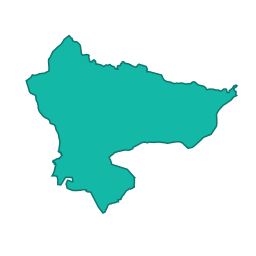 Mariga, Niger, Nigeria, rotated 275°
{"feature_id": "59680162B84198311358077", "entity_name": "Mariga", "entity_type": "district", "adm_level": 2, "iso_a3": "NGA", "parent_name": "Nigeria", "parent_adm1": "Niger", "projection": "robinson", "projection_center": [5.889, 10.619], "detail": "fine", "context": "isolated", "style": "filled", "palette": "teal", "viewbox_px": 256, "rotation_deg": 275, "n_neighbors": 0, "source": "geoboundaries", "source_scale": "gbopen_adm2", "svg_char_len": 5589}
<svg xmlns="http://www.w3.org/2000/svg" viewBox="0 0 256 256"><g transform="rotate(275 128 128)"><path d="M73.7,56.5L74.0,59.3L73.7,61.5L70.0,62.7L65.6,63.0L65.4,66.0L72.9,69.8L73.5,70.5L73.8,76.7L70.3,77.8L69.6,77.3L70.7,72.3L66.8,71.2L62.8,72.7L62.3,73.7L61.4,76.8L61.0,78.3L61.1,81.1L61.8,85.9L62.4,87.9L62.8,90.2L62.5,91.9L62.1,91.6L61.8,91.5L61.6,91.7L61.4,92.3L61.0,93.0L60.9,93.6L61.0,93.6L61.0,94.4L60.9,96.4L46.4,105.6L41.1,110.5L42.3,112.4L43.5,112.8L46.2,113.9L49.2,114.7L50.8,116.2L51.0,117.8L51.9,119.2L52.7,122.4L53.7,123.5L53.7,124.9L54.6,124.7L55.8,124.5L55.9,126.4L56.7,127.4L57.5,127.2L58.2,127.9L59.0,127.9L60.2,128.6L60.8,129.3L62.2,130.0L65.4,131.9L66.7,133.7L67.5,134.3L67.4,136.1L68.2,136.9L68.4,137.6L69.6,138.5L69.4,139.1L69.7,139.4L71.5,139.1L72.5,139.0L73.6,139.2L77.7,138.8L78.5,138.5L79.0,139.1L86.8,130.8L90.3,114.9L92.2,114.4L95.8,112.5L97.3,111.8L99.5,114.1L100.6,115.4L102.2,116.5L103.6,119.8L105.9,127.0L105.9,129.6L106.1,131.4L107.9,134.6L109.3,134.8L111.7,138.8L114.7,143.2L115.4,146.4L114.9,148.4L115.8,150.5L115.9,154.9L116.7,159.6L116.5,166.5L116.2,168.5L118.5,177.0L118.8,181.0L117.8,183.6L113.0,189.6L114.3,193.7L116.4,196.1L122.1,201.4L125.3,204.0L128.9,211.3L137.3,215.9L140.2,216.1L145.8,215.5L149.4,214.9L153.5,216.7L158.7,220.6L161.0,223.6L165.2,228.6L166.9,229.6L168.5,231.0L169.8,233.5L170.8,232.5L173.7,232.5L174.3,230.9L175.9,229.9L177.2,230.8L178.6,232.5L179.6,232.9L180.1,232.2L179.7,230.7L178.8,229.5L177.2,228.9L175.0,226.9L174.1,225.6L172.3,225.6L171.8,224.3L171.9,223.8L172.8,223.5L173.3,223.1L174.1,222.9L175.0,222.8L175.3,222.4L175.2,221.5L175.3,221.0L175.2,220.0L174.3,219.0L173.3,218.3L172.8,216.4L173.7,214.9L173.5,211.6L174.1,209.5L173.9,205.9L173.0,203.0L175.2,201.6L176.3,199.4L177.0,194.3L178.1,192.6L179.0,191.6L179.8,189.7L179.3,188.0L177.5,186.5L177.2,183.5L176.8,181.7L177.2,179.8L177.5,177.0L176.8,174.9L177.0,173.0L176.3,170.6L176.6,168.5L177.4,166.5L177.5,163.8L177.9,161.9L179.0,159.7L180.5,158.5L183.7,156.8L185.5,146.6L185.6,146.0L185.8,145.3L185.8,144.9L185.9,143.6L185.9,142.9L185.8,142.2L185.7,141.9L186.2,141.8L186.7,141.7L186.8,141.9L187.6,142.0L188.0,142.1L188.3,142.1L188.8,141.7L189.2,141.5L189.6,141.4L190.2,141.2L190.9,140.4L191.0,140.2L191.1,139.9L191.2,139.6L191.1,139.0L191.1,138.8L191.3,138.6L191.4,138.3L191.6,137.6L191.7,137.3L191.8,135.9L192.5,133.5L192.4,133.2L192.1,132.8L191.4,132.3L190.3,131.6L189.7,131.2L189.3,130.6L189.3,130.3L189.5,129.6L189.5,129.3L189.9,128.1L190.2,127.0L190.3,126.5L190.4,126.1L190.5,125.9L190.7,125.6L190.7,125.4L191.1,125.3L191.3,125.2L191.3,124.5L191.4,124.2L191.7,123.3L192.0,122.7L192.0,122.0L192.1,121.4L192.0,121.0L191.9,120.5L192.2,120.1L192.3,120.1L192.4,118.7L193.6,118.0L193.7,117.5L193.4,116.7L193.1,116.3L192.8,116.3L192.5,116.4L192.3,116.4L192.0,116.2L191.5,115.4L191.1,115.2L190.8,115.2L189.8,114.9L189.6,114.7L189.2,113.9L189.3,113.8L189.5,113.6L189.3,112.9L188.8,112.3L188.0,112.0L187.3,112.1L186.8,112.2L186.6,112.0L186.3,112.7L186.0,112.8L185.7,112.7L185.6,112.0L185.8,111.3L185.8,110.6L185.7,110.3L186.1,110.1L186.8,109.6L187.1,109.5L187.4,109.2L187.7,108.8L188.0,108.3L188.1,108.0L188.0,107.5L188.0,107.0L188.2,106.8L188.6,106.2L188.7,105.4L189.3,105.1L189.6,104.6L189.6,104.1L189.2,103.4L188.8,103.0L188.6,102.8L188.8,101.3L189.0,100.8L188.7,100.3L188.3,99.8L187.6,99.3L187.4,99.0L187.2,98.4L187.1,98.0L187.3,97.8L187.7,97.5L188.0,96.9L188.2,96.4L188.3,95.7L188.5,95.1L188.6,94.5L188.7,93.8L188.7,93.2L189.0,92.5L189.1,92.1L189.0,91.5L188.8,91.0L188.9,90.5L189.1,90.4L190.6,90.2L191.0,89.9L191.3,89.5L191.6,89.5L191.9,89.7L192.1,89.5L192.5,88.7L192.8,88.4L192.9,88.2L192.4,87.4L192.2,87.0L191.9,86.6L191.5,86.5L190.5,86.2L190.5,85.8L190.6,85.6L190.6,84.5L191.9,83.8L192.2,83.8L193.2,83.5L193.5,83.2L194.1,83.0L194.6,82.9L195.0,82.5L195.9,82.6L196.1,82.7L196.4,83.0L196.6,83.0L197.0,82.7L197.4,82.3L197.5,81.6L197.5,81.1L197.3,80.5L197.3,80.4L197.6,80.0L196.5,76.7L197.7,75.2L205.2,73.5L206.7,72.9L208.9,70.3L209.3,69.6L209.4,68.8L209.1,67.5L209.2,67.1L209.3,66.8L209.5,66.7L209.7,66.4L210.0,65.2L210.7,65.2L211.1,65.0L211.3,64.7L211.8,64.5L212.3,64.6L212.5,63.9L212.9,63.2L213.1,63.0L213.6,62.8L213.9,62.4L214.1,62.1L214.2,61.8L214.4,61.7L214.6,61.7L214.9,61.4L214.9,61.2L210.8,56.8L207.6,55.3L205.1,53.7L203.0,51.3L197.4,46.4L191.4,44.3L190.1,43.2L188.9,42.9L186.2,43.2L183.0,43.8L181.0,44.1L177.7,44.2L176.6,41.9L175.4,40.2L175.1,38.5L174.3,35.2L172.7,31.9L172.2,29.7L172.6,28.1L170.9,27.3L170.0,27.0L166.1,22.5L162.6,23.9L159.2,25.4L155.5,26.7L154.1,28.3L152.6,32.8L151.7,33.3L147.6,34.1L145.4,35.7L142.1,36.7L140.5,36.7L137.6,37.8L136.1,38.8L133.3,41.6L131.9,43.1L130.9,45.1L130.3,47.1L128.8,49.1L128.2,49.4L126.0,50.1L125.5,51.4L125.1,53.5L124.1,55.0L122.8,55.6L119.8,56.6L117.7,58.1L115.8,59.3L113.3,59.8L108.5,61.4L103.9,61.3L99.8,61.0L98.6,60.6L98.4,60.8L98.4,61.1L98.3,61.3L98.1,61.4L98.0,61.6L98.1,61.9L98.0,62.2L98.0,62.3L97.9,62.2L97.7,62.2L97.7,62.5L97.4,62.9L97.4,63.0L97.5,63.2L97.5,63.3L97.5,63.6L97.3,63.7L96.8,63.9L96.7,63.8L96.3,63.5L95.6,63.9L95.6,64.1L95.5,64.4L95.1,64.8L94.9,64.8L94.8,64.6L94.5,64.5L94.4,64.3L94.2,64.0L94.0,63.8L93.4,63.7L93.2,63.6L93.0,63.3L92.6,62.7L92.5,62.4L92.3,62.3L92.2,62.5L91.9,62.5L91.8,62.3L91.7,62.2L91.5,61.9L91.2,60.1L90.6,59.0L89.8,58.3L89.5,57.9L89.4,57.4L89.3,56.7L89.2,56.5L88.7,56.6L88.6,56.4L88.6,56.2L88.0,55.9L87.7,56.0L87.5,56.6L87.1,57.2L87.2,58.0L87.1,58.3L86.9,58.3L86.7,58.1L86.4,57.8L86.3,57.5L86.0,57.5L85.7,57.6L85.6,57.8L85.6,58.2L85.6,58.8L85.5,59.4L84.6,59.2L83.2,58.9L81.5,58.7L79.1,58.4L76.5,57.8L73.7,56.5Z" fill="#14b8a6" stroke="#0f766e" stroke-width="1.5"/></g></svg>